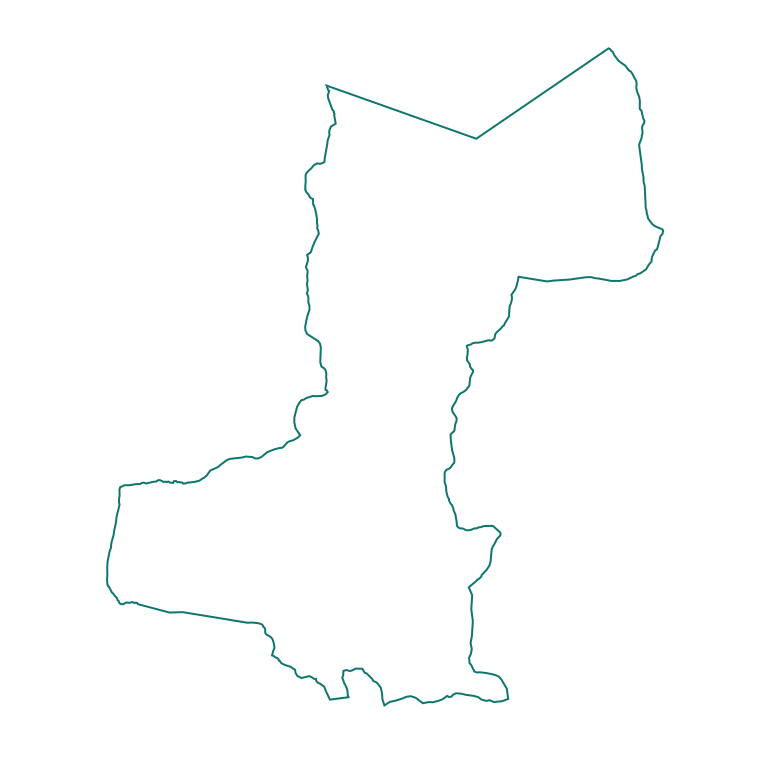 Molinos, Salta, Argentina (Albers equal-area conic projection), rotated 177°
{"feature_id": "61730980B63550758975873", "entity_name": "Molinos", "entity_type": "district", "adm_level": 2, "iso_a3": "ARG", "parent_name": "Argentina", "parent_adm1": "Salta", "projection": "albers", "projection_center": [-66.4, -25.575], "detail": "fine", "context": "isolated", "style": "outline", "palette": "teal", "viewbox_px": 768, "rotation_deg": 177, "n_neighbors": 0, "source": "geoboundaries", "source_scale": "gbopen_adm2", "svg_char_len": 6081}
<svg xmlns="http://www.w3.org/2000/svg" viewBox="0 0 768 768"><g transform="rotate(177 384 384)"><path d="M659.7,179.1L658.8,178.2L657.6,177.8L655.9,177.8L652.8,179.3L649.8,178.8L646.7,179.4L644.8,178.3L643.3,178.7L641.8,178.1L641.3,177.0L610.2,167.0L597.0,166.7L532.8,152.7L528.1,152.7L522.1,151.7L518.9,150.6L517.6,149.3L517.3,148.0L515.9,146.6L515.4,144.6L515.7,142.2L515.1,140.6L514.1,139.6L512.4,138.8L509.9,136.8L508.7,134.9L508.0,132.3L507.4,129.9L507.2,126.1L508.7,123.0L510.0,118.8L508.3,118.1L507.2,116.9L505.1,116.1L503.7,114.6L503.3,113.1L502.3,112.7L501.7,111.3L500.5,110.1L497.5,108.5L492.3,106.6L487.7,103.2L487.5,100.2L485.7,96.9L481.9,94.7L474.1,96.2L471.5,94.9L469.4,93.3L467.3,92.9L467.2,90.9L465.5,89.1L462.6,87.4L459.6,84.9L457.9,79.9L454.5,71.6L435.8,73.1L436.5,75.2L436.5,78.8L436.9,81.0L437.6,83.6L439.6,87.9L440.2,90.6L441.1,92.7L440.0,95.1L439.5,99.7L436.3,100.3L433.0,99.1L430.5,99.8L426.9,101.3L420.5,100.7L418.4,96.7L416.5,95.9L411.3,90.2L410.2,88.0L406.8,86.2L403.1,80.9L402.1,74.8L402.1,69.4L400.4,63.0L394.9,66.2L388.9,67.2L383.3,68.6L377.9,70.5L373.6,70.8L368.8,69.0L361.9,63.2L355.9,64.0L352.0,63.6L346.0,64.8L342.1,66.1L337.2,69.2L335.5,68.0L333.0,68.3L331.4,70.0L328.2,71.4L323.2,70.7L318.1,69.2L311.4,68.0L306.5,66.5L303.2,63.8L299.5,62.5L297.1,62.2L295.4,62.8L290.8,60.6L282.6,61.1L276.5,63.0L277.3,73.3L282.2,82.7L284.5,85.7L286.9,87.0L290.7,88.4L297.4,90.1L303.3,91.1L306.5,91.1L308.8,92.2L311.7,99.0L313.1,100.7L313.4,106.1L311.4,109.9L310.2,114.8L311.1,120.8L309.4,127.8L307.7,142.4L308.6,154.5L307.0,168.5L310.0,176.5L302.1,182.5L301.2,183.6L300.3,183.9L297.7,185.8L296.8,186.9L296.4,188.2L291.1,193.2L288.2,197.3L286.9,201.0L285.1,213.2L283.7,216.3L282.8,217.3L279.2,223.4L275.9,226.5L275.5,227.6L275.5,229.0L275.7,229.6L282.3,236.3L283.9,236.7L291.7,236.9L294.8,236.0L296.7,236.0L298.6,235.1L301.4,235.0L304.8,233.8L307.5,233.5L309.9,233.8L312.3,235.3L314.0,235.8L315.5,235.8L316.8,236.4L318.6,238.6L318.7,242.7L319.5,249.9L321.1,254.2L321.3,256.4L322.6,259.6L323.7,261.0L325.1,264.0L325.1,265.5L326.3,268.0L327.4,273.5L327.4,278.5L328.6,283.1L328.1,292.2L327.4,293.5L326.2,295.1L323.6,295.9L321.3,297.7L320.5,299.0L318.1,301.7L317.7,303.2L317.7,306.4L319.5,314.6L320.2,324.2L320.2,329.8L318.9,331.4L316.7,333.0L316.0,334.5L315.0,339.9L313.7,342.8L313.2,345.6L313.8,347.3L316.9,352.3L317.4,354.7L317.2,356.8L313.0,363.1L311.5,366.6L309.7,369.2L308.3,370.5L304.6,372.2L302.2,373.9L298.8,378.0L297.7,385.4L296.6,387.9L294.3,391.7L294.3,392.8L294.8,393.8L295.6,394.2L297.1,396.8L297.5,399.8L299.8,403.2L299.8,406.7L299.1,408.4L298.5,414.0L299.4,417.5L298.5,418.2L294.7,419.1L293.6,420.0L290.3,420.5L288.1,420.3L283.2,420.9L278.1,422.1L276.4,422.1L275.2,421.7L273.7,421.9L271.3,423.7L270.2,428.0L268.8,429.6L263.8,433.9L262.9,435.1L261.0,436.3L260.5,437.8L255.8,444.6L255.4,445.5L255.4,448.1L254.9,450.0L255.2,451.3L254.8,452.0L254.4,455.3L253.4,457.1L251.9,461.3L251.7,464.4L252.1,466.3L248.1,471.5L246.8,474.1L244.6,481.1L244.2,483.7L243.9,484.0L215.8,477.9L208.9,478.4L193.0,478.6L177.5,480.0L174.2,480.0L171.1,479.8L168.4,478.8L163.3,477.9L151.4,475.0L143.2,474.6L135.9,475.6L129.5,478.2L126.9,478.9L124.9,480.5L122.5,481.0L116.4,484.7L113.3,489.3L110.5,492.3L109.9,496.1L108.8,498.7L106.2,503.2L104.6,503.9L103.8,505.5L100.1,517.3L98.1,519.2L97.2,522.7L98.0,523.9L105.3,527.5L107.7,529.6L111.1,534.6L111.9,536.5L111.9,537.9L112.7,540.9L112.7,542.9L113.4,545.7L113.3,568.1L114.2,572.2L114.1,577.4L115.2,585.2L115.1,589.2L116.7,608.5L116.4,610.6L113.7,616.6L113.6,618.5L112.7,620.6L112.8,627.2L111.9,629.3L110.5,630.9L110.2,633.5L111.2,635.4L112.6,643.5L114.2,645.1L113.7,653.6L114.2,657.7L115.6,661.6L116.4,665.0L116.4,668.0L116.0,670.6L116.3,673.7L117.8,676.3L119.3,679.9L121.0,682.9L123.3,684.6L126.2,689.1L132.8,694.4L136.8,700.3L138.4,704.1L140.1,705.4L140.5,706.4L142.2,707.4L279.0,624.1L425.7,685.0L424.4,680.5L423.4,679.4L425.0,675.6L424.9,672.7L421.4,661.1L419.8,658.8L419.9,658.0L419.3,656.1L419.7,655.1L418.6,646.5L423.6,643.8L425.3,640.0L425.6,637.8L425.3,635.8L427.5,630.2L428.1,626.6L431.3,612.9L431.9,608.8L434.0,607.8L436.2,607.2L439.2,607.8L442.6,606.2L445.4,603.1L448.9,600.3L450.5,598.5L451.4,596.5L451.6,590.2L452.3,585.3L452.2,583.8L452.6,582.4L452.1,581.8L452.0,580.4L449.0,576.5L448.4,574.6L447.1,573.3L445.3,572.5L445.3,566.6L444.6,566.0L443.7,562.6L442.7,556.6L442.3,552.4L442.5,548.1L442.1,545.6L442.6,543.3L441.7,540.7L441.2,537.6L446.0,529.3L448.3,524.3L450.2,519.4L454.1,516.9L453.4,514.5L453.6,510.8L455.8,505.0L455.3,503.1L454.3,501.0L455.1,495.2L454.9,491.4L455.7,487.6L455.1,481.7L456.3,478.4L455.2,475.7L455.0,474.0L455.3,469.6L454.4,466.1L454.4,462.5L457.4,454.6L459.7,445.4L459.7,441.9L458.3,438.0L447.4,430.2L445.7,427.4L445.2,423.7L446.5,409.1L445.6,404.7L443.1,402.9L441.9,401.3L441.2,399.2L441.1,396.4L441.5,392.9L441.1,391.8L441.3,389.1L442.7,383.0L442.6,381.2L441.6,380.7L440.6,378.9L442.7,376.8L444.8,375.9L447.3,375.3L453.6,375.4L455.6,375.8L462.3,374.1L464.8,372.6L467.3,372.1L469.4,369.8L472.0,365.7L475.2,355.6L475.6,350.6L474.6,344.3L470.4,337.2L473.0,334.9L477.8,332.5L480.7,332.0L483.6,330.7L488.0,326.2L489.6,325.5L491.3,325.6L496.4,324.6L504.1,322.1L510.1,317.6L513.8,316.2L516.5,316.4L519.2,317.9L525.7,318.8L529.6,318.0L541.6,317.3L544.7,316.4L552.2,311.3L554.0,309.8L562.0,306.7L565.9,301.8L568.2,300.0L570.0,299.2L573.3,297.2L577.9,296.2L583.1,295.8L585.1,295.9L586.7,295.2L589.7,295.0L590.6,296.2L592.2,296.2L593.8,296.9L595.5,296.8L596.9,298.1L597.8,297.8L598.8,298.0L599.8,296.3L603.1,296.8L604.3,297.8L606.1,297.5L607.2,297.9L609.2,297.7L612.2,299.5L614.0,299.9L616.8,298.5L619.7,298.4L626.4,297.1L629.5,298.1L631.7,297.6L632.7,296.8L637.1,297.0L643.7,296.2L648.3,296.5L652.9,294.7L653.7,292.3L653.9,286.2L654.6,283.2L654.8,279.2L654.4,277.6L654.9,275.5L657.9,266.0L658.9,259.8L661.4,250.4L661.9,247.4L664.0,241.3L664.8,238.4L665.2,234.9L666.8,231.1L669.3,221.2L670.0,215.5L670.3,206.8L670.8,204.0L670.7,198.7L670.2,196.7L669.3,196.0L666.5,189.8L665.2,188.7L664.6,187.5L662.0,184.3L661.3,181.9L660.5,181.5L659.7,179.1Z" fill="none" stroke="#0f766e" stroke-width="2"/></g></svg>